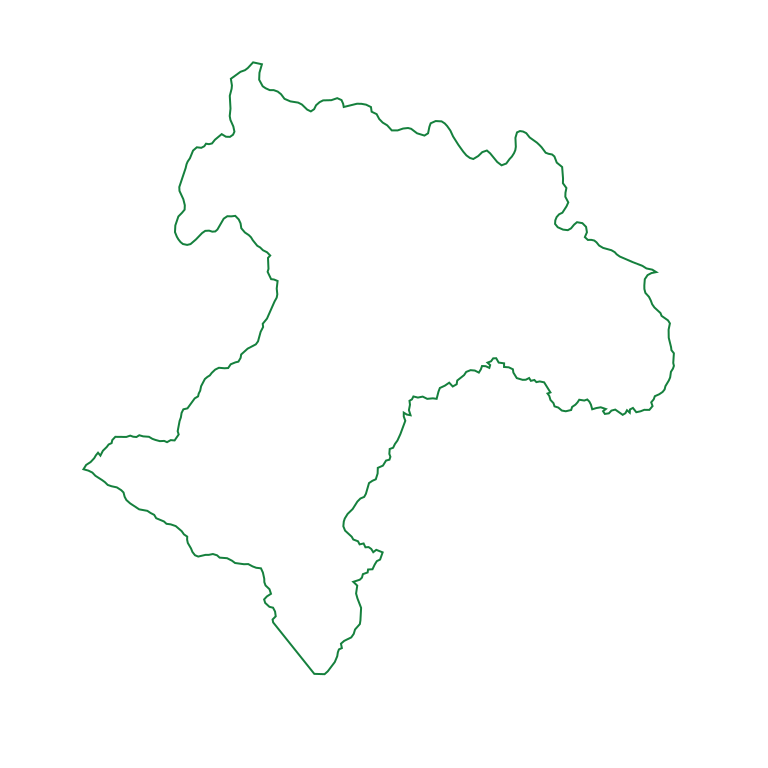 outline of Cocalzinho de Goiás, Goiás, Brazil, rotated 99°
{"feature_id": "56859067B84451242980158", "entity_name": "Cocalzinho de Goiás", "entity_type": "district", "adm_level": 2, "iso_a3": "BRA", "parent_name": "Brazil", "parent_adm1": "Goiás", "projection": "albers", "projection_center": [-48.592, -15.636], "detail": "fine", "context": "isolated", "style": "outline", "palette": "green", "viewbox_px": 768, "rotation_deg": 99, "n_neighbors": 0, "source": "geoboundaries", "source_scale": "gbopen_adm2", "svg_char_len": 6159}
<svg xmlns="http://www.w3.org/2000/svg" viewBox="0 0 768 768"><g transform="rotate(99 384 384)"><path d="M681.2,407.5L679.9,397.3L676.6,394.6L666.3,389.1L660.2,387.6L656.2,387.6L653.2,387.0L651.4,384.3L647.2,385.9L643.9,383.1L639.4,376.7L635.5,374.8L631.0,374.2L624.9,370.3L621.2,370.3L608.7,371.6L599.9,376.7L595.3,378.8L587.3,378.9L584.2,383.4L581.1,377.3L578.7,375.5L575.1,375.1L572.7,370.7L569.7,370.7L568.8,366.4L563.7,364.9L560.1,363.4L558.0,360.4L550.5,359.0L549.0,365.7L551.8,368.3L548.9,370.8L547.5,373.7L548.2,376.8L544.7,379.2L546.2,383.0L543.4,385.1L542.4,390.0L539.9,392.0L534.9,399.5L530.9,401.9L526.2,402.2L523.0,401.7L518.0,399.6L512.4,395.4L504.3,391.9L500.8,389.4L498.6,385.9L495.3,384.7L484.2,383.3L481.4,380.3L479.4,377.2L473.4,376.3L467.8,377.0L464.8,372.3L459.3,370.0L457.9,366.8L454.9,366.3L452.2,367.8L447.3,368.2L445.5,365.0L441.5,363.8L437.8,361.9L431.0,360.0L417.0,357.2L413.0,359.4L409.2,360.0L410.6,356.7L410.7,352.9L405.9,355.3L400.4,355.1L396.6,356.2L394.8,354.0L391.7,353.0L392.1,348.4L390.4,343.8L391.9,339.0L390.5,333.5L390.4,329.7L383.0,329.0L379.2,328.2L376.1,323.6L372.5,319.8L375.7,315.7L372.9,312.2L369.1,312.2L362.7,306.3L359.2,304.7L356.8,300.7L356.5,296.4L357.9,292.1L354.3,290.6L350.9,290.0L350.5,286.3L351.6,282.5L348.7,282.1L346.7,285.1L344.8,281.8L341.6,280.2L341.0,277.2L344.9,274.1L344.8,268.6L348.4,268.1L348.0,263.4L349.3,259.0L352.5,258.0L357.4,253.8L358.2,247.7L357.6,244.6L355.4,241.6L357.9,239.4L356.5,236.1L358.3,233.8L357.1,230.6L357.3,226.1L366.3,218.3L367.8,221.0L369.9,218.9L373.7,217.1L376.4,213.6L379.4,212.1L380.0,208.2L382.4,204.2L382.5,200.2L380.4,195.1L377.2,194.6L374.5,191.7L371.9,190.0L369.0,188.7L369.0,183.6L367.5,180.8L369.3,178.4L372.0,176.4L376.4,174.4L374.5,170.4L373.1,166.3L374.0,161.0L376.6,163.4L379.0,161.2L377.8,157.3L374.7,155.2L373.1,151.6L377.1,143.4L375.1,141.0L371.9,139.9L373.9,136.8L370.7,137.1L368.7,134.4L372.4,130.4L370.8,126.3L368.8,122.9L368.0,117.8L363.8,115.3L360.3,117.2L356.9,115.2L353.7,114.6L351.1,110.6L348.3,107.6L345.5,106.0L342.1,105.7L335.9,103.2L332.7,102.4L327.1,102.5L323.6,101.0L320.7,100.5L318.0,101.6L308.3,102.5L305.6,105.4L302.8,106.2L293.8,110.0L285.8,111.4L279.4,111.1L276.7,113.5L273.3,120.5L270.7,122.0L266.1,128.9L263.3,131.6L259.9,133.5L256.5,135.9L253.1,140.1L249.4,141.7L245.9,142.3L239.7,142.8L235.2,140.7L232.6,137.2L230.9,132.6L229.1,136.9L228.8,142.9L226.9,147.2L224.7,157.5L221.2,171.1L219.5,174.5L217.7,176.7L216.3,180.3L215.3,188.9L213.6,193.2L210.8,196.3L209.4,198.8L209.2,201.8L209.8,205.2L207.5,208.6L202.4,207.3L197.2,209.0L194.1,213.2L194.0,218.7L196.9,221.2L201.0,223.6L203.3,226.5L203.5,231.3L202.0,236.9L199.1,240.1L195.5,240.4L192.1,239.6L189.0,237.6L186.9,234.6L179.9,231.5L175.8,230.4L170.7,234.2L166.7,234.7L161.9,234.5L157.7,238.7L153.1,239.3L141.8,242.0L138.3,248.0L132.6,251.3L131.0,253.9L130.9,257.5L130.3,260.5L125.5,265.4L123.6,267.9L121.7,270.7L117.7,278.7L114.0,282.7L112.9,286.1L112.9,289.3L114.7,292.0L120.3,292.7L129.1,290.9L132.5,290.9L135.7,291.7L139.4,293.3L142.2,295.2L147.1,297.7L149.6,302.1L147.0,306.9L139.6,315.2L137.3,318.9L139.6,323.2L144.1,326.6L147.8,331.0L147.3,334.5L145.3,338.4L142.1,342.1L136.1,348.0L128.7,354.5L123.3,358.1L119.3,362.0L117.1,364.8L115.6,368.2L116.2,374.1L119.2,378.7L122.9,379.4L129.5,379.7L132.3,382.9L131.2,390.6L127.7,397.1L127.4,400.3L128.7,405.1L131.4,410.2L132.3,416.0L128.0,421.3L126.0,426.2L123.0,430.2L118.6,433.5L117.0,438.8L112.5,440.2L110.9,445.4L110.8,450.1L111.4,454.5L116.7,467.1L113.6,468.2L110.2,470.4L109.0,474.9L111.9,480.4L113.4,488.5L115.7,491.7L119.3,494.7L123.5,496.0L126.2,498.9L125.0,502.8L120.8,508.8L119.5,512.8L119.5,520.7L117.9,526.9L113.9,531.0L111.8,534.7L111.0,538.9L111.6,542.9L110.4,547.2L108.9,550.4L103.0,554.9L96.0,555.7L87.3,554.6L86.8,563.6L93.3,568.0L95.8,570.4L98.1,574.6L106.5,583.0L112.9,580.9L116.2,580.7L123.5,581.4L136.0,578.7L143.5,578.3L147.2,577.0L153.2,573.1L158.2,571.2L161.4,572.1L164.0,574.8L164.5,578.8L162.6,583.4L169.2,589.2L173.3,591.5L174.5,594.4L174.5,597.4L177.3,598.7L179.3,601.4L179.5,605.9L183.3,609.1L191.4,611.0L195.0,612.7L197.8,613.4L201.8,613.7L221.5,617.0L225.3,616.2L232.9,611.1L238.6,608.7L243.0,608.2L246.5,610.3L250.7,613.3L260.0,614.9L266.7,614.2L271.0,611.6L273.3,609.7L275.7,607.1L277.2,604.5L277.4,600.2L276.1,597.0L270.7,592.4L263.4,587.3L260.7,584.5L259.9,580.7L260.4,577.4L259.7,574.5L257.5,572.7L245.8,568.2L242.8,565.0L242.3,561.0L241.2,557.2L244.2,553.2L247.8,550.8L252.5,549.3L256.1,545.1L258.1,540.8L259.9,538.3L262.5,536.1L267.3,530.8L268.5,527.7L270.8,524.5L272.2,520.1L274.9,516.5L277.6,518.3L288.4,516.1L291.4,516.5L298.1,511.9L298.0,509.0L298.9,505.2L306.5,504.9L312.1,503.4L315.5,503.5L319.6,505.0L337.7,509.8L343.5,513.2L346.6,512.3L351.7,514.0L361.6,515.1L364.9,516.8L370.4,524.2L377.2,529.7L380.6,529.7L384.7,531.3L385.9,534.2L388.5,538.5L392.6,540.4L393.4,544.0L393.8,549.6L396.2,553.0L400.0,555.9L402.8,557.4L404.6,559.5L407.1,561.7L414.8,564.3L419.4,564.5L422.4,565.5L425.3,565.7L427.8,568.7L438.8,574.3L440.4,578.2L444.2,579.4L448.8,579.4L452.5,580.1L462.9,580.4L466.0,578.9L472.5,582.0L472.8,585.9L475.4,589.2L474.6,592.2L475.5,596.5L475.0,601.0L474.4,604.2L472.9,607.9L473.4,613.7L472.9,617.7L475.1,620.2L475.3,623.5L474.7,626.6L476.6,630.2L478.2,641.1L481.9,643.6L485.0,643.8L486.8,646.5L489.6,648.0L493.9,651.2L499.1,652.9L496.6,655.7L499.5,657.4L502.6,658.6L506.9,661.5L510.5,665.5L515.2,667.5L515.8,662.4L517.1,658.2L519.8,654.7L523.0,647.4L524.6,644.3L526.9,641.1L527.6,637.2L527.9,631.7L530.0,626.9L531.9,624.3L536.0,622.5L538.9,620.3L541.6,616.1L546.1,606.2L546.3,597.9L547.9,594.4L549.2,590.5L552.2,588.0L554.2,579.8L556.1,577.0L556.0,572.7L556.9,567.5L561.0,560.8L563.8,558.1L565.5,554.5L568.6,554.1L571.7,552.9L576.6,548.9L579.9,546.9L582.7,543.9L583.5,540.5L580.7,533.6L580.2,530.4L578.7,526.4L579.3,522.1L581.2,519.2L580.6,511.7L582.3,506.5L584.1,503.1L583.9,494.1L583.1,489.9L584.7,485.3L585.5,481.5L585.3,476.7L589.2,474.1L595.1,471.8L598.4,471.2L601.5,469.5L604.6,465.0L608.9,462.8L612.1,466.4L615.5,468.7L618.8,467.1L622.0,462.3L622.3,458.6L625.8,456.0L630.4,454.6L634.0,457.2L636.8,456.2L681.2,407.5Z" fill="none" stroke="#15803d" stroke-width="2"/></g></svg>